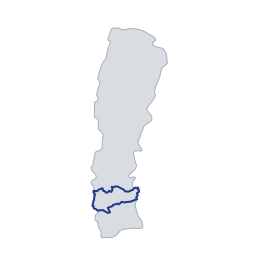 location of Sagarmatha within Nepal, rotated 73°
{"feature_id": "NPL-1133", "entity_name": "Sagarmatha", "entity_type": "Administrative Zone", "adm_level": 1, "iso_a3": "NPL", "parent_name": "Nepal", "parent_adm1": "", "projection": "robinson", "projection_center": [86.603, 27.261], "detail": "fine", "context": "in_parent", "style": "outline", "palette": "blue", "viewbox_px": 256, "rotation_deg": 73, "n_neighbors": 0, "source": "natural_earth", "source_scale": "10m", "svg_char_len": 5099}
<svg xmlns="http://www.w3.org/2000/svg" viewBox="0 0 256 256"><g transform="rotate(73 128 128)"><path d="M226.6,142.6L227.6,143.4L227.7,144.7L227.5,146.1L226.5,149.2L225.6,151.3L224.5,155.9L223.5,163.9L223.8,165.3L226.7,169.8L227.8,173.4L228.0,175.7L226.7,179.7L225.4,184.3L224.7,185.3L223.9,185.7L220.3,184.1L217.8,184.3L214.9,185.2L211.9,185.0L209.5,184.5L206.3,186.3L203.3,185.3L201.4,184.2L200.1,181.0L199.6,180.6L193.3,183.9L191.8,184.1L187.9,182.4L184.7,180.6L183.5,180.1L180.4,179.4L177.6,179.0L174.6,177.9L170.8,179.3L169.3,179.2L167.9,178.2L167.2,176.1L167.0,174.1L165.7,172.7L163.7,172.4L161.0,173.6L156.9,175.3L155.6,175.0L154.4,174.5L154.0,174.1L153.4,172.2L152.8,171.8L151.8,171.7L150.2,171.3L148.1,169.9L141.9,166.6L141.1,165.1L141.2,161.9L140.8,160.5L140.1,159.1L136.9,157.7L130.7,155.4L127.3,153.5L125.6,154.4L122.5,155.2L120.8,156.8L118.8,156.3L113.9,154.6L111.4,154.3L109.8,154.9L109.4,155.9L107.4,157.0L105.6,156.1L101.9,154.9L98.6,154.2L93.7,152.7L93.2,150.5L92.4,148.3L91.2,147.9L86.8,148.3L82.8,145.9L78.5,142.7L76.6,141.7L75.4,141.3L74.4,141.7L73.2,142.5L72.1,142.7L69.7,141.3L66.7,139.4L63.1,137.0L58.8,133.7L57.0,131.9L56.3,130.4L55.4,129.1L51.6,127.0L48.7,125.3L45.1,123.2L44.5,122.8L43.2,121.6L41.1,120.0L39.4,119.6L38.9,120.4L38.5,121.3L37.0,121.1L34.7,119.5L32.3,117.9L30.4,116.4L28.5,114.8L28.0,113.6L28.9,110.0L30.1,107.0L31.0,106.3L32.6,104.2L33.3,100.7L33.3,97.6L34.9,93.3L37.0,88.7L40.7,83.8L42.3,82.2L44.1,81.1L47.4,77.5L48.2,76.9L49.6,75.9L51.1,75.7L52.1,76.2L53.2,78.1L54.5,79.9L56.2,79.8L58.1,78.2L62.2,71.2L67.7,69.7L72.9,70.4L77.6,71.5L78.9,73.8L79.7,76.3L80.3,77.6L81.8,79.1L88.3,82.6L92.0,85.8L97.3,90.1L101.2,92.0L104.6,92.1L106.6,93.8L109.5,97.2L112.0,101.0L115.1,104.6L117.2,104.4L120.2,103.3L123.8,101.8L125.9,102.5L127.8,103.5L128.5,105.3L129.6,108.8L130.9,112.4L132.9,113.7L135.4,115.6L136.7,117.0L141.3,119.7L141.9,120.8L142.8,121.6L143.9,122.1L144.8,122.6L146.3,122.8L151.6,121.2L153.0,121.4L153.8,121.7L153.8,122.3L152.8,124.8L152.0,128.0L152.9,129.7L155.1,130.4L160.0,130.8L166.6,130.8L168.6,132.4L170.5,134.9L172.5,139.1L173.3,140.9L174.3,141.4L176.1,140.7L176.3,139.0L176.4,136.4L177.9,135.5L178.8,136.2L179.9,138.2L182.6,140.0L184.6,140.9L186.4,140.6L187.2,139.9L188.2,136.4L189.6,135.8L191.5,136.1L192.2,136.8L193.0,138.2L195.3,138.8L197.5,139.7L199.7,140.9L202.7,143.5L206.3,144.0L210.6,143.9L212.9,144.0L214.5,144.2L216.0,144.0L220.4,142.1L222.2,142.0L224.4,142.2L226.6,142.6Z" fill="#d9dde1" stroke="#a8b0b8" stroke-width="1"/><path d="M190.8,135.7L191.3,135.8L191.7,136.0L192.2,136.3L192.5,136.6L192.6,136.9L192.6,137.8L192.7,138.2L193.5,138.5L195.2,138.4L195.9,139.0L196.1,139.7L196.5,140.2L197.1,140.4L197.7,140.5L198.4,140.3L198.7,140.3L198.7,142.1L198.9,143.4L199.1,144.0L199.1,144.3L199.0,145.0L199.0,145.7L199.2,146.9L199.2,147.3L199.1,147.6L198.7,149.3L198.2,152.2L198.1,152.6L197.9,153.7L197.8,154.0L197.5,154.4L197.0,154.9L197.0,155.1L196.9,155.5L197.1,156.6L198.1,158.3L198.2,158.8L198.2,159.2L198.1,159.4L198.0,159.6L197.8,159.7L197.6,159.8L197.4,159.9L197.3,160.1L197.2,160.5L197.3,161.8L197.3,162.3L197.1,164.1L197.2,164.5L197.3,164.9L197.8,165.4L198.1,165.7L198.2,166.1L198.4,170.5L199.2,170.6L202.1,169.9L203.0,169.9L203.4,170.1L203.5,170.6L203.4,171.2L203.3,171.4L203.2,172.0L203.0,172.5L202.7,172.8L202.0,173.3L200.2,175.2L199.7,175.4L199.3,175.8L198.7,178.2L198.4,178.9L198.3,179.2L198.3,179.5L198.4,180.0L198.5,180.4L198.4,180.6L198.2,180.9L197.7,181.4L197.6,181.7L196.9,181.9L196.1,182.4L195.9,183.0L195.4,183.6L194.8,184.0L194.2,184.2L193.9,184.2L193.1,183.8L192.7,183.9L192.5,184.2L192.4,184.5L192.1,184.7L191.6,184.6L189.9,183.5L188.2,182.7L187.8,182.4L187.7,182.4L187.4,182.0L187.1,181.7L186.7,181.4L186.2,181.3L185.4,181.0L183.9,180.1L183.2,179.9L182.4,179.9L182.1,179.7L182.1,179.3L181.9,179.1L181.5,179.0L180.9,179.1L180.0,179.4L179.4,179.8L179.0,179.8L178.9,179.7L178.7,179.5L178.2,179.3L178.1,179.2L179.2,176.6L179.3,176.4L179.4,176.1L179.3,175.8L179.1,175.5L178.7,174.8L178.5,174.5L178.4,174.1L178.4,173.8L178.3,173.5L178.3,172.1L178.3,171.7L178.1,171.1L178.0,170.9L178.1,170.7L178.2,170.3L178.6,169.9L178.8,169.8L179.0,169.8L179.7,170.1L180.0,170.2L180.8,170.0L181.5,168.9L182.2,168.4L183.2,168.1L183.4,167.9L183.5,167.4L183.5,166.6L183.3,165.7L183.1,165.0L182.9,164.9L182.8,164.7L182.7,164.6L182.6,164.3L183.3,163.7L184.1,162.8L184.2,162.5L184.1,162.4L183.3,161.8L183.1,161.7L182.8,161.2L182.6,161.1L182.2,160.9L181.4,160.7L180.0,160.8L179.6,160.7L180.3,159.3L180.4,158.9L180.5,158.5L180.4,158.3L180.2,157.6L180.2,157.4L180.2,157.2L180.2,156.9L180.4,156.3L180.9,155.3L181.2,154.7L183.4,152.6L184.7,151.1L185.0,150.8L185.8,150.0L186.0,149.9L186.3,149.8L186.8,149.7L187.4,149.5L187.7,149.3L188.0,148.9L188.2,148.3L188.4,147.5L188.6,147.0L188.8,146.7L189.0,146.2L189.0,145.7L188.9,145.1L188.7,144.3L188.6,142.9L188.6,142.1L188.4,141.3L187.7,140.1L187.2,139.7L187.2,139.0L187.2,138.5L187.4,138.1L187.6,137.8L187.8,137.5L187.8,137.0L187.8,136.6L187.9,136.1L188.1,135.8L188.5,135.7L188.9,136.0L189.2,136.3L189.6,136.5L190.0,136.4L190.5,135.9L190.8,135.7Z" fill="none" stroke="#1e3a8a" stroke-width="2"/></g></svg>